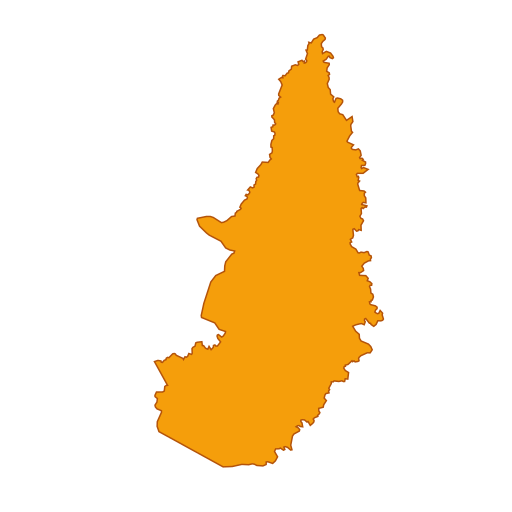 the district of Rio Brilhante, Mato Grosso do Sul, Brazil, rotated 261°
{"feature_id": "56859067B58900206343132", "entity_name": "Rio Brilhante", "entity_type": "district", "adm_level": 2, "iso_a3": "BRA", "parent_name": "Brazil", "parent_adm1": "Mato Grosso do Sul", "projection": "mercator", "projection_center": [-54.465, -21.65], "detail": "fine", "context": "isolated", "style": "filled", "palette": "amber", "viewbox_px": 512, "rotation_deg": 261, "n_neighbors": 0, "source": "geoboundaries", "source_scale": "gbopen_adm2", "svg_char_len": 6113}
<svg xmlns="http://www.w3.org/2000/svg" viewBox="0 0 512 512"><g transform="rotate(261 256 256)"><path d="M461.2,346.9L457.8,343.9L458.8,341.6L457.7,341.7L455.7,340.1L451.4,338.9L451.5,337.6L447.9,338.5L442.7,335.8L441.2,336.7L440.0,336.4L439.1,335.2L439.0,333.9L441.0,334.3L440.7,332.8L442.1,332.0L441.2,327.9L438.6,328.2L437.7,326.9L438.7,324.7L437.9,320.9L435.0,320.1L433.7,317.5L431.8,316.7L431.7,315.3L429.5,313.0L430.1,310.8L429.1,310.1L427.9,310.4L428.2,308.8L427.0,306.1L424.4,307.7L420.8,308.6L412.5,303.7L411.0,303.6L409.1,305.2L408.3,303.5L406.2,302.4L405.7,301.4L404.5,301.0L404.2,302.1L402.7,301.5L403.3,300.2L402.2,298.7L398.9,296.2L394.6,296.5L392.4,295.0L392.1,293.6L390.8,293.4L387.7,295.5L384.8,295.3L383.9,296.1L382.9,295.8L382.4,294.7L382.7,293.3L381.0,292.8L380.7,291.0L376.9,291.0L375.6,293.6L374.2,294.0L372.3,293.4L372.0,292.3L369.1,291.8L367.7,289.8L364.0,288.2L361.2,287.8L360.6,288.9L357.1,288.6L355.4,287.9L354.2,285.3L351.1,285.3L349.5,286.3L348.7,284.8L346.5,282.7L347.8,276.9L345.5,275.1L342.2,270.9L338.6,268.7L336.8,270.7L335.2,271.5L333.5,270.8L333.6,269.3L332.4,268.3L330.7,268.5L329.5,267.4L327.1,266.8L326.4,265.1L324.4,265.0L323.8,263.3L325.1,261.2L322.5,258.1L322.1,259.2L320.1,259.9L319.1,259.4L317.7,257.7L318.4,255.9L317.2,254.9L316.2,256.4L314.9,256.7L313.7,255.9L313.0,253.4L309.6,249.5L306.7,247.7L305.5,248.8L304.5,248.0L303.1,244.0L302.1,243.6L301.6,242.3L298.8,241.5L298.8,238.0L295.5,232.8L294.4,229.2L294.4,227.0L300.7,219.9L302.2,217.0L302.8,213.3L302.4,204.0L301.1,203.4L294.3,204.9L286.5,210.7L283.9,213.1L276.1,223.7L268.7,227.3L266.0,231.1L264.3,235.7L262.2,234.6L261.7,232.4L255.0,225.2L251.1,223.6L245.8,222.5L243.0,213.2L237.4,207.3L217.4,197.1L205.8,192.6L203.8,192.6L196.4,204.8L189.3,208.1L186.2,214.1L184.7,213.6L182.0,211.1L181.3,209.4L184.3,206.6L184.0,205.5L183.0,205.0L180.5,205.4L176.7,207.6L173.1,203.8L173.4,202.1L174.6,201.5L174.3,200.0L172.4,199.5L170.5,197.0L174.1,195.5L171.5,193.8L172.8,191.7L175.7,190.2L175.9,189.0L179.8,189.1L180.0,184.3L179.6,182.9L176.5,181.7L175.6,179.3L174.5,178.3L170.0,177.8L168.9,177.0L170.2,174.4L167.7,172.9L166.9,171.4L167.6,170.1L165.1,168.2L166.3,167.8L170.4,161.7L171.9,161.0L172.5,160.0L172.4,158.4L169.2,154.1L169.7,152.7L169.0,151.3L167.7,150.9L167.3,149.0L165.5,146.9L165.9,145.8L167.2,145.7L168.2,142.8L167.6,139.2L142.1,148.4L142.2,147.1L141.4,145.5L137.0,144.3L136.3,142.5L137.2,136.4L134.2,134.4L132.9,134.3L130.6,136.3L127.2,135.3L124.5,132.9L122.7,133.0L120.5,134.3L118.0,138.4L116.4,138.2L107.8,132.6L103.2,131.7L97.7,132.7L52.9,190.5L51.8,199.6L52.4,209.4L51.0,216.1L51.3,219.8L50.6,221.9L49.0,224.0L47.6,230.0L48.5,233.4L51.0,233.9L50.9,235.6L48.5,240.0L50.6,243.1L54.3,245.9L60.0,243.7L62.4,245.2L62.0,248.7L62.5,250.0L59.9,252.8L60.4,254.2L62.9,253.6L63.2,254.9L62.1,257.2L58.9,259.9L59.0,261.2L63.7,260.7L72.5,263.9L74.3,265.7L76.3,271.4L77.7,272.0L79.7,270.8L81.1,268.9L81.9,270.6L81.8,272.1L80.7,273.0L80.0,275.4L84.0,275.3L85.5,274.4L86.8,274.6L87.1,276.0L86.5,278.3L84.0,280.4L84.4,281.5L80.2,283.1L81.8,285.8L83.1,287.2L84.5,287.6L86.0,287.0L87.1,288.4L87.9,292.0L88.9,291.9L90.4,294.0L91.5,294.6L92.9,293.8L95.7,294.1L96.1,298.7L98.5,299.6L102.2,302.9L105.0,301.1L108.0,302.4L109.2,303.5L109.4,306.7L111.3,306.5L112.5,307.8L114.0,307.2L118.2,310.4L119.9,310.7L119.6,312.5L120.4,313.6L119.1,318.2L119.3,321.3L118.3,322.7L118.2,323.9L120.8,324.9L120.1,327.4L126.4,329.2L128.9,326.3L131.5,325.1L132.9,325.8L133.1,327.1L134.2,327.1L134.5,329.9L137.5,334.4L136.5,334.9L137.1,336.4L135.9,337.3L135.9,340.1L136.4,341.4L138.7,341.3L139.7,341.9L141.1,343.9L143.0,350.7L142.5,353.6L145.2,356.1L148.6,355.2L151.4,353.3L155.6,346.5L158.6,345.3L162.5,345.7L166.1,342.7L171.5,340.5L172.4,343.7L172.8,348.1L172.7,349.8L171.2,352.1L173.9,353.6L175.3,353.0L176.8,353.4L177.1,354.6L171.9,357.5L171.6,358.6L170.4,358.9L168.1,361.3L169.6,363.9L173.0,366.2L172.4,369.2L172.7,371.0L173.8,372.0L178.2,371.4L179.7,372.1L182.8,370.1L180.2,368.3L180.0,367.0L180.9,365.7L182.1,364.6L184.2,365.9L185.0,367.3L186.5,367.6L188.1,366.1L190.0,361.7L191.0,360.9L193.0,360.9L192.8,362.5L194.2,362.7L194.3,364.0L197.2,365.6L199.9,365.4L201.5,363.7L205.4,364.0L208.0,363.3L209.2,364.1L209.0,365.6L210.6,366.1L212.8,364.4L214.2,362.0L216.4,363.3L219.4,361.4L220.7,355.3L223.5,355.0L223.2,356.5L224.8,360.0L227.0,360.0L229.4,358.9L232.0,361.8L233.6,366.3L233.5,368.4L235.1,368.5L236.2,369.7L238.1,369.7L239.2,368.0L242.5,367.4L243.1,366.3L242.4,363.3L243.4,360.3L242.8,358.6L243.2,357.3L247.2,355.7L250.3,351.9L253.1,350.9L254.4,351.0L254.9,352.7L257.7,351.8L258.8,354.4L261.2,355.5L267.2,355.8L267.6,357.3L264.8,359.2L264.9,360.6L266.0,361.6L264.9,363.9L270.0,364.5L274.0,367.7L275.9,367.1L276.8,365.5L279.0,364.8L281.5,366.8L286.4,367.2L287.2,368.4L286.1,369.2L287.3,371.2L287.0,372.7L288.2,373.4L290.3,368.4L291.3,368.9L292.2,370.3L291.3,372.9L296.2,373.5L298.6,372.4L301.0,372.8L301.9,374.1L303.3,372.9L304.5,368.6L311.1,367.7L312.2,368.1L313.8,370.0L314.6,368.7L317.6,369.8L318.7,369.5L318.4,368.4L320.8,367.9L321.8,369.0L320.9,374.7L324.0,380.3L326.6,375.9L325.8,374.1L326.8,373.6L328.9,374.4L328.5,377.7L330.1,378.7L331.7,378.9L333.9,376.0L334.7,377.0L336.0,376.0L335.9,374.1L337.0,373.7L339.0,375.6L343.5,375.4L345.8,373.9L345.2,371.1L346.2,367.9L347.4,367.0L348.5,367.3L350.5,369.7L354.1,364.3L355.2,363.8L360.2,367.5L363.0,370.7L364.3,369.8L369.7,369.9L371.1,370.3L373.6,372.7L378.7,372.7L375.8,366.6L382.0,363.8L383.3,361.0L384.3,360.4L385.7,359.7L389.1,359.9L392.9,364.3L394.6,365.7L396.3,365.9L398.0,364.3L399.3,361.2L399.1,359.7L395.6,357.6L396.3,356.8L399.2,356.5L401.0,357.7L404.2,355.0L408.6,355.3L411.2,353.7L415.2,353.4L419.1,355.9L420.8,356.1L423.1,355.5L423.8,357.0L425.4,357.0L427.4,354.7L430.7,355.7L433.5,358.3L434.9,358.4L436.3,354.3L437.0,353.1L438.1,352.9L439.2,355.9L442.0,358.7L441.8,359.8L440.4,360.0L439.0,362.3L439.7,363.5L441.2,363.3L444.8,361.4L447.1,357.5L445.5,353.4L447.4,353.3L449.5,354.7L451.1,354.6L452.4,353.5L455.5,353.7L457.5,355.5L459.1,358.1L460.4,358.6L463.8,357.0L464.4,356.0L464.3,353.2L462.1,350.6L461.2,346.9Z" fill="#f59e0b" stroke="#b45309" stroke-width="1.5"/></g></svg>